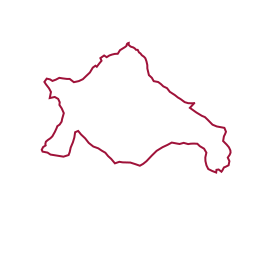 the district of Paphos, Paphos, Cyprus, rotated 65°
{"feature_id": "46923920B77200142670897", "entity_name": "Paphos", "entity_type": "district", "adm_level": 2, "iso_a3": "CYP", "parent_name": "Cyprus", "parent_adm1": "Paphos", "projection": "natural_earth1", "projection_center": [32.428, 34.773], "detail": "fine", "context": "isolated", "style": "outline", "palette": "rose", "viewbox_px": 256, "rotation_deg": 65, "n_neighbors": 0, "source": "geoboundaries", "source_scale": "gbopen_adm2", "svg_char_len": 2050}
<svg xmlns="http://www.w3.org/2000/svg" viewBox="0 0 256 256"><g transform="rotate(65 128 128)"><path d="M51.2,91.4L51.1,92.1L51.3,93.2L51.7,93.7L53.0,94.8L53.4,96.6L54.1,102.4L56.4,105.9L55.3,108.5L54.7,111.4L54.4,114.2L54.8,117.4L52.2,119.0L53.0,123.5L55.9,123.6L57.4,126.8L59.3,130.4L57.8,131.2L58.4,134.4L61.6,139.1L63.1,143.6L64.7,148.3L64.7,152.8L63.6,157.7L58.9,160.1L57.6,162.8L55.4,166.3L53.5,169.1L53.7,172.9L53.4,176.6L51.0,178.1L48.9,180.8L50.9,184.3L53.8,183.9L58.7,182.8L62.8,182.6L67.8,186.3L68.9,181.3L72.1,179.0L75.8,179.0L78.1,180.4L82.2,179.8L87.4,179.9L88.9,181.2L92.0,183.9L94.2,185.5L96.0,188.5L96.5,191.3L97.9,192.7L100.6,195.9L103.6,200.1L104.5,202.7L105.0,205.7L105.7,208.2L107.6,209.7L109.0,210.0L109.4,213.0L111.3,215.4L113.3,215.4L116.3,211.3L119.3,209.5L125.0,201.1L126.7,198.6L127.4,193.3L125.3,191.1L121.5,188.2L117.7,184.0L114.0,180.7L109.5,177.7L109.6,174.4L114.0,173.3L119.3,171.2L124.9,169.9L130.1,167.3L133.9,163.5L137.4,161.4L140.8,159.0L145.1,157.9L148.9,156.3L154.5,154.8L155.0,150.1L156.8,147.5L160.3,140.5L163.8,136.7L167.2,133.2L166.9,129.4L165.9,125.3L163.1,118.2L160.8,111.7L160.0,104.8L160.0,99.3L159.7,94.5L163.0,89.9L164.3,88.0L165.0,83.8L168.0,80.3L168.8,77.6L170.0,74.8L171.6,71.8L174.8,70.6L178.9,67.8L183.5,67.4L187.4,70.4L190.7,71.8L195.1,72.7L199.1,72.6L202.6,69.8L205.4,67.1L205.6,66.9L203.3,65.5L203.9,63.4L207.1,61.8L206.4,60.5L204.3,57.7L204.4,56.0L204.3,52.6L200.9,50.1L197.0,50.1L195.2,47.1L193.7,45.5L193.2,45.3L191.6,44.7L188.1,44.7L184.7,45.6L180.0,47.3L176.1,44.6L174.7,42.8L172.8,40.8L169.3,40.6L168.6,40.6L164.1,46.9L160.7,50.0L153.9,52.4L150.6,53.7L148.2,55.9L142.8,59.5L139.8,61.2L135.9,63.4L133.5,57.5L133.4,57.5L132.9,59.0L131.0,62.9L128.5,65.7L123.9,68.2L121.4,69.9L118.0,71.6L112.9,74.8L108.4,75.8L105.2,78.4L102.1,79.6L99.1,81.2L96.4,84.9L92.5,85.2L88.9,86.7L82.2,85.3L79.1,83.9L75.4,83.1L72.1,82.8L70.2,83.4L67.9,84.7L65.7,85.2L64.1,86.1L61.3,86.2L60.5,87.7L58.8,88.2L57.3,89.1L56.1,90.4L55.2,91.3L52.8,92.3L51.2,91.4Z" fill="none" stroke="#9f1239" stroke-width="2"/></g></svg>